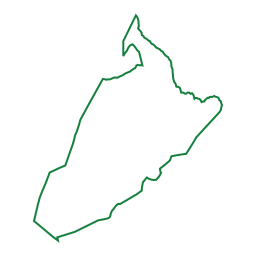 São Gabriel, Bahia, Brazil (Equal Earth projection)
{"feature_id": "56859067B65546405252248", "entity_name": "São Gabriel", "entity_type": "district", "adm_level": 2, "iso_a3": "BRA", "parent_name": "Brazil", "parent_adm1": "Bahia", "projection": "equal_earth", "projection_center": [-41.646, -11.04], "detail": "fine", "context": "isolated", "style": "outline", "palette": "green", "viewbox_px": 256, "rotation_deg": 0, "n_neighbors": 0, "source": "geoboundaries", "source_scale": "gbopen_adm2", "svg_char_len": 2637}
<svg xmlns="http://www.w3.org/2000/svg" viewBox="0 0 256 256"><path d="M34.0,221.0L38.1,224.4L49.1,233.6L52.6,236.5L58.0,240.6L57.7,239.0L57.3,237.3L74.7,231.9L94.6,222.1L97.9,220.4L104.7,219.1L107.7,218.4L109.5,217.4L110.3,216.0L110.8,213.6L111.3,212.2L111.9,211.0L114.1,208.3L115.1,206.9L116.4,205.2L118.2,203.9L120.0,204.1L134.6,195.5L136.2,194.6L141.8,190.6L141.8,189.0L141.9,187.2L142.3,185.5L142.6,184.0L142.9,182.4L143.7,181.2L144.8,180.1L145.8,178.6L147.0,177.5L148.0,178.3L149.2,179.0L150.2,179.3L151.5,179.6L152.8,179.8L153.9,180.0L154.9,179.8L156.1,179.9L157.1,178.7L159.1,176.5L161.1,172.8L160.4,171.7L159.9,168.7L163.9,165.6L169.8,160.6L171.5,156.2L178.9,154.9L180.7,154.6L186.2,153.8L194.1,141.2L194.8,139.9L196.4,137.2L219.5,112.1L220.8,110.0L221.1,108.2L221.5,106.5L222.0,105.1L221.2,103.1L220.8,101.2L219.4,100.3L218.8,98.3L217.8,97.4L216.3,96.9L215.1,96.6L214.1,96.0L212.2,97.0L210.9,96.8L209.6,97.0L208.7,98.0L207.5,97.8L206.3,99.0L205.1,99.9L204.4,101.4L203.0,101.5L201.6,102.1L200.5,100.1L199.5,98.9L198.0,98.7L196.8,98.0L195.4,97.9L194.5,98.8L194.0,97.4L193.7,95.7L193.1,94.4L192.0,93.2L190.7,93.9L189.8,93.2L189.0,92.5L187.8,92.5L186.4,93.6L184.8,93.6L183.6,92.8L182.3,92.5L181.1,92.5L180.6,90.3L179.9,87.9L178.4,86.9L176.4,86.7L175.9,84.8L175.2,83.0L174.2,82.0L173.6,80.1L173.3,78.3L173.0,76.5L172.8,73.9L172.6,71.4L172.5,69.2L171.9,67.7L171.3,65.8L171.3,63.6L170.6,60.8L169.2,59.4L168.6,58.1L167.8,56.9L166.5,56.2L165.2,55.1L163.9,53.6L162.6,51.5L161.1,50.9L159.6,49.2L158.2,48.5L157.0,48.0L155.8,47.2L155.0,46.0L153.7,44.8L152.1,44.0L150.8,42.9L150.0,41.2L148.8,40.7L147.8,40.0L146.5,38.8L144.2,37.6L143.4,36.0L141.9,35.1L141.5,32.7L140.5,31.1L139.3,29.9L138.0,28.2L138.8,26.5L138.7,24.5L138.5,22.7L138.5,21.1L138.1,19.6L137.7,18.2L137.1,16.9L135.9,15.4L123.3,41.1L123.3,56.1L124.1,54.4L125.0,53.0L126.0,51.8L127.0,50.6L127.7,49.0L128.4,47.5L129.5,46.1L130.3,45.2L131.4,44.8L132.4,44.3L133.6,45.2L134.4,46.3L135.3,47.4L136.1,48.6L137.0,49.9L138.1,51.2L139.1,52.0L142.4,65.4L141.3,65.1L139.7,65.4L138.1,64.9L136.5,65.4L135.8,66.9L135.1,68.2L133.6,68.8L132.1,70.0L131.1,70.7L130.0,71.6L128.1,72.3L126.3,73.0L124.7,73.9L123.0,75.1L121.4,75.8L120.2,76.3L117.2,77.8L115.3,77.5L113.8,77.6L112.7,78.2L111.1,78.8L109.8,79.4L108.1,79.4L106.3,79.7L104.6,79.2L102.9,78.9L91.9,98.7L90.7,100.8L80.5,119.5L80.0,121.0L79.6,122.6L79.1,124.5L78.4,126.6L77.8,128.5L77.0,131.0L76.3,132.6L75.7,133.9L75.1,135.4L74.7,137.0L74.3,139.0L72.6,144.8L71.5,147.8L70.5,150.6L65.3,165.5L60.0,167.7L49.7,172.5L46.2,181.8L41.4,193.3L39.6,198.0L38.5,202.4L37.9,204.4L37.4,206.6L34.0,221.0Z" fill="none" stroke="#15803d" stroke-width="2"/></svg>